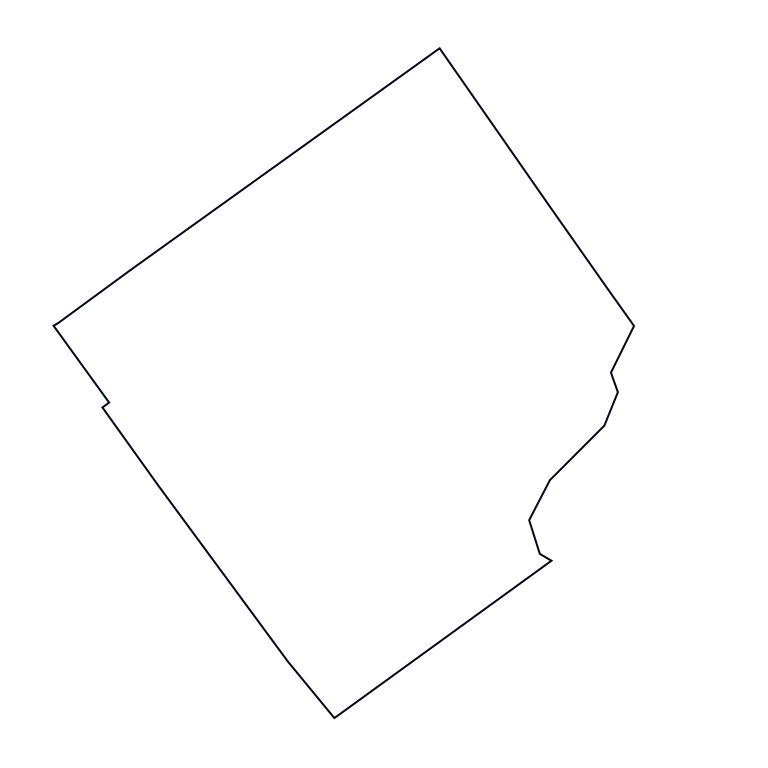 the district of Henry, Illinois, United States of America, rotated 144°
{"feature_id": "52423323B92749685082725", "entity_name": "Henry", "entity_type": "district", "adm_level": 2, "iso_a3": "USA", "parent_name": "United States of America", "parent_adm1": "Illinois", "projection": "orthographic", "projection_center": [-90.154, 41.367], "detail": "fine", "context": "isolated", "style": "outline", "palette": "ink", "viewbox_px": 768, "rotation_deg": 144, "n_neighbors": 0, "source": "geoboundaries", "source_scale": "gbopen_adm2", "svg_char_len": 406}
<svg xmlns="http://www.w3.org/2000/svg" viewBox="0 0 768 768"><g transform="rotate(144 384 384)"><path d="M145.6,428.0L141.7,622.9L520.1,625.2L611.5,624.8L617.1,625.4L617.3,530.6L625.6,530.5L626.3,434.6L624.9,215.9L620.5,142.9L352.4,142.6L357.8,155.0L346.6,188.5L306.3,208.7L230.2,220.8L199.6,239.9L193.7,259.8L147.6,284.0L147.1,331.3L145.6,428.0Z" fill="none" stroke="#020617" stroke-width="2"/></g></svg>